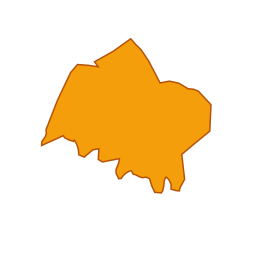 Bərdə, orthographic projection, rotated 149°
{"feature_id": "AZE-1696", "entity_name": "Bərdə", "entity_type": "District", "adm_level": 1, "iso_a3": "AZE", "parent_name": "Azerbaijan", "parent_adm1": "", "projection": "orthographic", "projection_center": [47.272, 40.358], "detail": "fine", "context": "isolated", "style": "filled", "palette": "amber", "viewbox_px": 256, "rotation_deg": 149, "n_neighbors": 0, "source": "natural_earth", "source_scale": "10m", "svg_char_len": 1034}
<svg xmlns="http://www.w3.org/2000/svg" viewBox="0 0 256 256"><g transform="rotate(149 128 128)"><path d="M122.6,202.0L101.0,201.4L79.7,203.1L78.4,195.6L76.5,188.4L75.8,174.9L76.6,161.4L77.3,150.1L68.5,146.9L61.4,140.3L56.3,130.7L52.0,127.6L48.8,123.5L46.8,114.4L44.9,105.2L59.5,83.2L78.1,80.5L95.5,77.7L105.9,54.9L114.3,49.9L116.3,47.6L116.6,47.8L119.1,49.6L122.6,53.4L120.0,57.7L119.6,62.8L120.6,66.4L123.6,64.7L127.8,59.1L130.6,56.3L132.9,55.2L138.2,59.1L137.4,66.5L135.6,73.5L137.8,76.6L141.2,77.9L143.6,80.7L145.2,83.4L146.2,84.7L147.3,85.6L147.1,89.4L148.2,90.3L152.8,90.4L156.4,89.7L159.8,88.3L162.1,89.2L161.5,95.4L159.7,98.5L153.6,103.2L151.1,106.2L167.3,112.0L169.7,116.4L163.6,125.2L169.3,127.4L180.6,125.6L184.0,130.5L182.2,133.8L181.0,137.3L180.3,141.1L180.2,145.3L181.6,144.6L184.8,148.1L186.7,151.4L187.4,152.5L187.3,154.7L211.1,157.5L208.7,160.8L203.2,163.2L200.7,165.6L199.1,168.8L173.9,188.3L148.6,205.1L138.6,208.4L129.8,202.2L122.0,195.8L122.6,202.0Z" fill="#f59e0b" stroke="#b45309" stroke-width="1.5"/></g></svg>